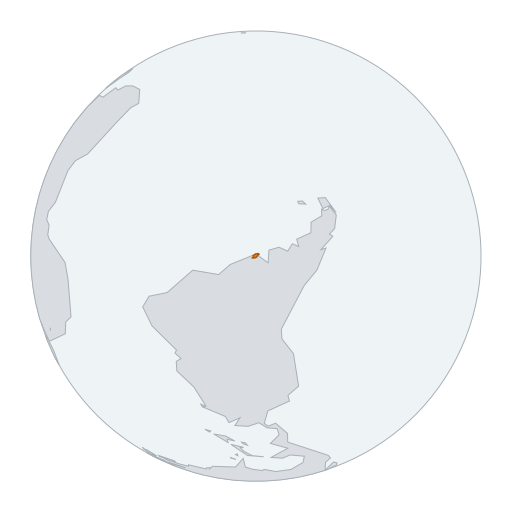 Rocha highlighted on a globe, orthographic projection, rotated 210°
{"feature_id": "URY-22", "entity_name": "Rocha", "entity_type": "Department", "adm_level": 1, "iso_a3": "URY", "parent_name": "Uruguay", "parent_adm1": "", "projection": "orthographic", "projection_center": [-54.149, -33.966], "detail": "fine", "context": "on_globe", "style": "filled", "palette": "amber", "viewbox_px": 512, "rotation_deg": 210, "n_neighbors": 0, "source": "natural_earth", "source_scale": "10m", "svg_char_len": 4054}
<svg xmlns="http://www.w3.org/2000/svg" viewBox="0 0 512 512"><g transform="rotate(210 256 256)"><circle cx="256" cy="256" r="225" fill="#eef3f6" stroke="#a8b0b8"/><path d="M193.2,39.6L194.7,39.4L199.3,38.0L199.4,37.9L220.3,33.6L241.5,31.2L252.2,31.0L252.3,31.3L241.2,32.3L225.4,33.7L211.0,37.4L228.2,33.8L228.1,35.4L231.3,35.4L235.9,35.0L239.0,34.0L240.6,34.6L224.2,37.8L222.5,37.3L227.7,36.1L220.3,37.1L209.3,40.2L210.1,41.4L192.6,46.7L193.0,47.8L189.4,49.9L190.0,47.7L188.6,52.1L168.2,63.0L165.9,74.3L159.7,67.9L152.3,69.6L143.0,73.5L142.4,75.2L131.0,79.3L119.0,88.6L112.1,100.6L114.0,106.8L126.9,100.8L132.0,94.1L142.2,89.1L132.4,105.4L149.8,100.9L146.6,112.7L151.3,117.1L160.6,112.7L170.1,113.1L177.6,104.6L189.5,98.6L188.9,108.0L196.1,98.2L202.3,101.7L226.2,98.7L224.2,101.0L244.3,111.5L267.1,116.9L272.4,124.9L269.6,129.6L277.7,131.5L277.8,134.8L311.1,143.5L328.7,155.3L328.5,167.7L314.6,180.0L303.7,212.1L279.1,221.2L274.1,235.7L257.1,257.7L242.1,256.1L247.7,267.6L240.4,275.1L231.0,276.1L230.6,284.8L223.7,285.6L229.2,290.9L220.1,303.6L225.2,312.9L219.1,323.7L222.7,329.3L219.6,329.6L217.0,332.3L217.4,335.8L207.0,331.7L201.6,319.0L203.4,311.7L199.3,311.5L203.0,293.8L199.4,297.9L196.2,274.3L199.5,254.7L197.5,205.3L192.0,197.1L174.8,190.2L154.0,164.6L158.7,151.3L154.5,147.1L168.3,127.8L165.2,115.2L160.5,114.7L155.4,121.0L140.0,118.1L135.5,110.7L93.7,119.5L90.6,118.4L92.6,112.0L89.1,105.1L85.8,116.5L82.4,117.3L81.7,114.9L84.6,111.4L87.5,106.5L87.2,106.8L98.2,95.3L109.9,84.5L122.3,74.7L135.5,65.7L149.2,57.7L163.4,50.6L178.1,44.6L193.2,39.6ZM163.6,79.0L183.6,80.3L171.1,84.1L173.7,82.2L168.9,80.8L159.5,81.2L148.9,86.0L163.6,79.0ZM175.1,69.3L171.5,69.8L175.2,68.8L175.1,69.3ZM225.2,341.2L208.3,333.7L217.4,336.7L221.8,330.5L231.4,337.1L225.2,341.2ZM238.9,325.8L245.1,322.6L247.2,324.2L243.4,326.8L238.9,325.8ZM396.4,79.8L398.4,82.3L393.2,79.2L384.0,73.0L372.0,63.2L380.5,68.2L396.4,79.8ZM480.0,280.1L476.6,300.9L471.9,316.8L467.9,317.0L461.6,331.6L458.6,330.6L454.0,338.0L447.8,341.7L440.0,342.1L433.9,329.6L438.7,321.6L443.7,301.6L452.8,260.2L460.0,248.4L461.6,236.0L456.6,202.4L458.1,190.8L455.4,182.8L450.7,179.4L446.9,170.2L443.5,167.2L418.1,154.9L406.9,141.5L385.7,110.7L387.8,103.7L382.3,93.3L392.3,78.8L401.1,85.0L411.9,93.4L423.0,104.8L433.2,116.9L442.5,129.6L450.9,143.0L458.4,157.0L464.8,171.5L470.2,186.3L474.6,201.5L477.9,217.0L480.1,232.7L481.2,248.5L481.1,264.3L480.0,280.1ZM396.7,88.6L398.3,91.1L396.7,88.6ZM227.0,98.5L229.8,100.2L225.9,100.5L227.0,98.5ZM168.8,87.8L173.3,86.9L175.5,87.6L171.9,88.9L168.8,87.8ZM208.1,80.3L213.6,80.4L207.7,81.8L208.1,80.3ZM186.9,80.5L203.7,80.7L192.3,84.9L181.8,85.2L189.4,82.9L186.9,80.5ZM171.8,73.9L174.5,73.7L173.3,75.3L171.8,73.9ZM177.8,68.7L176.6,69.0L175.5,68.4L177.8,68.7ZM229.0,35.2L230.4,35.0L234.8,34.7L232.2,35.2L229.0,35.2ZM256.9,32.7L258.9,33.7L255.8,33.1L252.6,33.6L242.1,33.3L251.8,31.4L249.3,32.1L256.9,32.7ZM230.8,33.2L236.3,33.1L229.9,33.3L230.8,33.2ZM380.8,441.6L376.2,444.5L378.2,442.8L380.8,441.6ZM463.3,344.2L456.3,357.0L458.1,351.2L463.1,341.2L469.9,326.2L469.7,327.4L463.3,344.2Z" fill="#d9dde1" stroke="#a8b0b8" stroke-width="1"/><path d="M258.1,252.7L258.0,252.9L258.0,253.2L258.1,253.8L258.0,254.4L258.0,254.8L258.3,254.9L258.3,255.0L258.5,255.1L258.4,255.2L258.3,255.4L258.2,255.5L258.1,256.0L258.0,256.3L257.9,256.5L257.7,256.7L257.5,256.9L257.4,256.9L257.3,257.1L257.2,257.5L257.3,257.6L257.2,257.7L256.8,257.9L256.6,258.1L256.1,258.5L256.0,258.8L255.7,258.8L255.7,258.7L255.7,258.4L255.4,258.3L255.5,258.4L255.5,258.5L255.4,258.6L255.5,258.7L255.6,258.8L254.8,259.3L254.7,259.2L254.8,259.2L254.8,258.9L254.7,258.7L254.8,258.6L254.8,258.4L254.9,258.2L254.7,257.9L254.8,257.7L254.9,257.3L254.9,257.2L254.9,256.9L254.9,256.7L255.0,256.6L254.9,255.8L255.0,255.7L255.1,255.4L255.2,255.1L255.3,255.1L255.2,254.8L255.3,254.7L255.6,254.5L255.7,254.4L255.8,254.1L256.0,254.1L256.3,253.9L256.5,253.8L256.5,253.7L256.8,253.5L256.8,253.4L257.0,253.2L257.3,252.9L257.5,252.9L257.8,252.8L258.1,252.7L258.1,252.7Z" fill="#f59e0b" stroke="#b45309" stroke-width="1.5"/></g></svg>